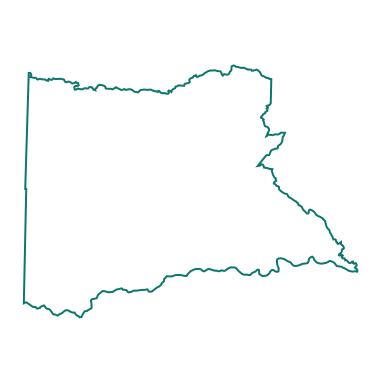 Rondolândia, Mato Grosso, Brazil, rotated 91°
{"feature_id": "56859067B82212830929298", "entity_name": "Rondolândia", "entity_type": "district", "adm_level": 2, "iso_a3": "BRA", "parent_name": "Brazil", "parent_adm1": "Mato Grosso", "projection": "natural_earth1", "projection_center": [-60.996, -10.314], "detail": "fine", "context": "isolated", "style": "outline", "palette": "teal", "viewbox_px": 384, "rotation_deg": 91, "n_neighbors": 0, "source": "geoboundaries", "source_scale": "gbopen_adm2", "svg_char_len": 5884}
<svg xmlns="http://www.w3.org/2000/svg" viewBox="0 0 384 384"><g transform="rotate(91 192 192)"><path d="M191.8,358.8L191.8,357.8L306.2,358.2L305.2,356.2L305.6,355.0L309.5,349.3L309.8,347.6L309.7,346.7L310.2,345.9L310.9,345.4L311.3,344.6L310.5,342.0L309.5,341.5L308.0,338.0L310.6,335.9L311.5,334.3L311.4,333.3L312.5,331.7L316.5,328.8L316.8,328.0L316.9,326.6L317.9,324.5L317.6,323.7L316.8,322.9L315.3,319.7L312.9,317.1L312.3,315.2L312.9,312.8L313.7,311.9L314.6,309.5L314.6,307.3L316.6,305.9L317.8,304.3L318.2,303.2L319.2,302.4L319.0,300.3L315.7,298.9L313.1,297.1L312.8,294.9L311.5,293.2L310.3,291.0L309.4,290.3L303.5,290.8L302.2,291.3L301.1,290.4L299.9,285.5L296.4,284.1L292.8,279.9L292.6,279.0L292.8,277.3L293.7,273.8L293.4,269.8L291.0,266.1L289.6,260.7L289.9,260.1L290.8,259.5L291.3,256.0L291.7,255.4L293.1,254.4L293.5,253.5L293.0,251.1L291.6,248.5L291.6,245.5L290.7,240.3L290.8,238.1L290.1,235.1L291.1,234.1L292.1,233.7L292.4,232.8L292.3,230.6L288.1,225.3L287.0,223.1L285.6,221.6L283.3,220.3L282.0,218.7L281.2,218.4L279.7,218.4L276.6,215.6L276.8,213.9L276.6,210.0L275.7,208.2L275.2,205.8L275.3,201.3L276.0,198.3L276.0,196.0L275.5,195.4L274.7,195.3L271.0,191.8L268.9,187.1L268.8,183.3L269.2,181.6L270.7,179.9L271.1,179.1L271.0,178.3L269.9,176.3L269.0,175.1L268.7,173.4L270.2,168.2L270.3,165.6L270.8,164.0L270.7,163.1L269.8,161.2L270.3,158.7L270.1,157.5L269.6,156.7L268.4,155.6L266.7,152.1L266.7,148.1L267.4,146.6L270.3,143.9L273.2,140.3L273.8,138.4L273.6,135.8L274.1,133.5L274.0,132.5L272.0,130.5L270.4,127.1L268.6,125.3L268.4,124.4L268.7,123.8L273.0,123.2L274.9,119.7L274.2,116.0L273.6,114.9L272.0,113.3L269.7,112.1L268.5,110.4L268.6,109.2L269.8,107.7L270.1,106.7L270.3,105.1L269.9,104.2L266.7,104.0L262.8,105.6L258.6,106.0L257.6,105.3L257.0,104.3L256.7,102.0L257.3,99.0L259.5,95.2L260.5,92.4L263.6,89.7L264.2,87.8L264.1,86.7L263.6,84.2L261.9,80.2L261.2,75.7L260.7,74.9L258.8,74.1L256.7,73.7L255.7,72.9L254.7,71.3L254.6,70.3L256.0,69.2L257.9,68.5L260.3,66.1L261.0,64.3L261.4,61.3L260.8,57.6L259.7,54.9L258.5,53.2L259.4,49.8L260.9,48.0L263.4,46.0L263.7,44.9L264.0,41.7L265.2,39.3L265.5,38.2L268.1,33.7L268.8,30.1L268.4,27.4L268.8,25.5L268.1,25.2L267.3,25.3L265.9,26.2L265.4,27.4L264.7,27.8L262.3,26.0L261.2,26.4L260.2,27.2L260.9,28.8L260.6,29.6L260.0,30.2L259.4,29.8L258.8,29.9L259.0,30.8L259.9,31.8L260.3,32.8L260.1,33.8L257.8,35.9L257.3,36.9L257.6,37.6L255.7,38.3L255.8,40.1L255.1,40.4L254.8,41.1L253.8,40.8L252.9,40.1L252.2,40.9L253.0,43.3L252.7,44.0L251.8,43.8L250.0,41.8L249.2,41.3L246.8,41.0L246.1,39.5L245.3,39.1L243.2,40.0L242.3,41.4L241.5,42.1L239.5,42.2L241.3,44.5L241.3,45.3L240.7,45.9L239.8,46.0L239.3,46.9L237.4,47.4L236.8,48.2L237.0,49.8L234.3,50.8L230.1,53.3L227.5,54.1L226.2,55.7L223.7,57.1L218.6,58.5L217.9,59.1L217.0,60.5L216.2,60.8L214.3,64.0L214.0,65.4L213.4,66.0L212.7,67.4L212.2,67.9L211.4,68.1L210.0,69.3L209.1,70.3L207.7,72.9L207.6,73.9L208.1,74.6L209.0,74.9L211.0,75.0L211.5,75.7L211.5,76.6L207.7,80.6L205.0,82.0L203.8,83.5L203.2,85.2L201.5,85.6L200.8,86.8L199.8,87.5L199.1,89.1L196.1,93.6L195.7,94.8L194.8,95.7L192.6,96.7L191.6,100.1L189.6,103.1L188.2,104.6L187.4,105.0L185.3,105.2L184.7,106.1L184.4,107.5L183.0,108.6L182.1,110.3L180.4,109.7L179.4,108.0L178.2,108.5L176.9,108.5L176.1,109.7L173.1,111.6L171.4,111.8L169.8,112.6L167.7,112.1L167.6,114.7L166.6,117.7L166.4,120.4L164.7,120.8L163.6,121.5L163.1,122.8L164.6,125.1L164.9,126.8L154.2,118.6L153.9,117.9L153.7,115.4L149.9,114.0L148.9,113.3L148.3,112.4L148.1,111.2L147.3,110.0L147.0,107.3L146.4,107.0L144.5,106.8L142.6,104.3L140.8,103.1L138.8,102.5L135.6,102.3L133.9,101.1L131.2,100.1L131.1,104.1L132.5,105.8L133.0,106.9L132.9,110.0L133.8,112.4L133.2,116.8L134.6,117.9L134.9,118.5L128.6,115.9L127.7,116.1L126.8,116.6L125.6,117.8L125.1,119.8L124.5,120.5L120.3,121.5L119.4,122.1L118.3,121.6L117.9,122.4L117.2,122.8L116.7,124.1L116.0,124.4L114.6,123.3L114.2,122.7L113.2,122.3L111.8,120.3L110.9,120.1L109.5,118.1L108.5,118.4L107.9,118.1L107.2,118.7L106.7,117.8L106.1,117.6L104.9,118.9L104.3,118.2L104.1,116.7L103.0,115.4L101.7,114.8L77.8,114.7L77.5,116.8L76.7,117.7L76.7,119.3L75.3,121.8L74.3,124.4L71.1,126.1L69.5,127.8L68.5,129.6L69.7,133.3L69.7,134.2L68.8,134.7L68.4,137.0L68.7,138.0L67.0,142.0L66.8,143.5L67.2,144.5L66.7,146.7L66.1,148.2L66.1,150.1L65.1,151.3L64.8,152.9L65.8,154.6L69.7,154.8L71.0,156.2L73.3,157.1L74.0,158.4L74.1,159.5L73.6,161.4L73.7,162.1L75.1,163.2L73.7,164.5L72.4,164.6L70.8,165.9L70.7,168.6L70.0,170.6L70.0,172.7L70.3,173.7L70.1,175.5L71.1,178.4L73.1,181.6L74.8,183.4L75.3,184.6L75.3,185.8L77.0,188.8L76.7,189.4L75.1,190.2L76.0,191.3L76.0,192.2L77.7,193.4L78.4,195.3L79.2,196.3L79.9,196.7L82.0,196.1L82.8,196.8L83.2,197.5L83.7,200.6L84.6,201.4L85.9,201.7L85.7,207.3L86.7,209.1L87.0,210.3L88.5,210.7L89.6,212.9L90.6,213.7L92.3,214.4L91.2,215.7L91.0,217.0L91.6,217.5L93.0,216.8L94.0,217.3L94.3,218.3L93.5,221.7L93.9,222.3L93.3,225.0L91.7,226.5L91.5,227.5L92.6,228.0L91.9,229.8L91.9,231.2L91.2,233.3L90.4,234.6L90.4,236.6L90.7,237.8L90.4,241.7L90.9,245.2L93.4,247.7L92.6,251.6L91.5,252.9L90.5,254.7L90.3,256.5L91.1,260.0L90.3,261.3L91.2,263.8L91.0,265.1L88.6,269.9L89.1,270.3L90.8,273.4L90.1,275.1L90.3,276.3L90.2,279.3L90.0,280.0L89.4,280.4L88.5,280.3L87.7,281.1L86.7,283.8L86.5,286.7L87.6,288.2L89.5,289.0L90.2,290.3L91.0,290.6L92.0,290.4L91.3,292.4L89.2,293.7L88.8,296.1L89.3,296.9L90.2,297.5L90.4,298.7L90.1,300.1L90.3,301.9L91.2,303.1L91.2,304.8L90.6,308.2L91.5,309.4L91.7,311.0L89.3,311.6L88.5,311.1L88.1,310.5L87.8,307.7L87.1,307.1L86.2,307.6L85.2,307.7L85.2,308.7L84.0,310.0L84.9,311.0L85.6,313.5L84.1,315.9L83.7,317.1L84.5,319.7L84.0,320.8L81.8,322.0L81.1,325.2L81.5,330.9L80.8,332.7L82.2,333.9L82.3,334.7L82.1,335.8L81.3,337.2L82.1,337.8L83.3,337.8L83.3,338.9L82.0,341.1L82.1,342.9L81.5,346.0L82.2,348.1L81.9,349.0L81.0,349.5L80.5,350.4L80.7,351.7L79.9,355.5L78.0,354.7L76.5,355.2L75.8,355.8L75.8,357.3L191.8,358.8Z" fill="none" stroke="#0f766e" stroke-width="2"/></g></svg>